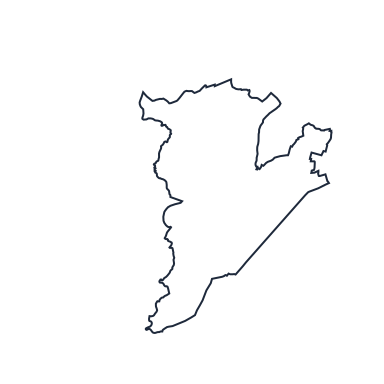 outline of Di An, Bình Dương, Vietnam, rotated 219°
{"feature_id": "81297802B25090486882402", "entity_name": "Di An", "entity_type": "district", "adm_level": 2, "iso_a3": "VNM", "parent_name": "Vietnam", "parent_adm1": "Bình Dương", "projection": "equal_earth", "projection_center": [106.783, 10.917], "detail": "fine", "context": "isolated", "style": "outline", "palette": "slate", "viewbox_px": 384, "rotation_deg": 219, "n_neighbors": 0, "source": "geoboundaries", "source_scale": "gbopen_adm2", "svg_char_len": 6091}
<svg xmlns="http://www.w3.org/2000/svg" viewBox="0 0 384 384"><g transform="rotate(219 192 192)"><path d="M146.9,68.8L145.7,66.6L144.8,65.5L144.4,65.2L143.9,65.0L142.6,65.5L142.0,65.5L141.2,65.2L140.6,64.7L140.1,63.8L139.8,62.8L139.8,62.0L140.0,60.9L141.1,59.0L141.8,57.5L141.9,56.8L141.4,56.2L140.7,56.2L140.4,56.5L140.1,57.0L139.6,58.2L139.2,58.6L138.6,58.9L137.2,58.9L135.0,58.3L133.9,58.2L133.3,58.4L132.5,58.8L131.7,59.6L130.8,61.1L130.2,61.8L129.4,62.4L128.6,63.9L127.3,64.9L127.6,65.5L127.8,66.0L127.8,66.8L127.3,68.6L126.4,71.3L125.4,72.6L122.7,75.6L116.2,87.5L113.7,93.9L112.2,98.2L113.7,103.2L114.6,109.0L115.6,114.5L118.9,124.6L120.0,132.9L121.8,137.1L115.2,145.1L114.2,146.8L114.2,147.2L113.8,148.3L113.5,148.7L112.2,148.9L112.2,151.6L110.5,152.1L108.8,153.5L107.5,154.8L106.2,155.3L105.8,166.3L105.8,171.3L102.0,260.8L101.6,265.0L101.0,266.2L96.3,274.2L92.8,281.9L91.2,285.1L93.1,285.7L93.7,285.7L99.4,289.7L102.8,284.8L103.4,284.3L103.6,284.3L105.5,285.6L106.4,287.2L107.1,288.0L109.0,284.1L111.3,281.9L112.4,284.0L111.1,286.1L112.0,287.9L115.0,292.0L115.8,292.8L116.3,292.8L119.0,290.6L120.2,292.7L121.2,291.9L121.9,293.2L123.9,297.9L114.5,302.0L115.6,306.6L113.6,307.5L116.2,313.2L116.4,313.5L117.1,313.7L117.3,313.9L117.2,315.8L117.4,318.5L117.6,320.3L118.1,321.6L120.0,324.2L121.1,326.2L121.3,326.4L121.8,326.3L122.3,327.2L123.5,326.1L124.1,327.4L124.6,327.8L128.1,323.5L128.0,323.0L130.4,321.2L130.9,321.1L132.1,321.3L132.5,321.2L133.3,320.8L135.4,319.3L135.9,319.4L136.9,319.2L138.9,319.9L139.4,319.9L140.3,319.7L142.2,318.9L144.4,318.9L144.9,317.5L146.3,314.4L146.4,313.6L146.4,311.9L146.0,311.9L144.9,310.3L144.3,309.0L140.9,305.8L141.9,303.8L142.9,302.3L143.5,300.9L143.5,300.6L142.6,300.2L142.8,299.4L143.6,298.2L143.5,297.9L143.0,296.4L142.9,293.7L143.1,291.8L142.7,290.3L144.0,289.7L142.8,286.4L141.2,283.1L140.5,281.0L141.8,279.9L146.0,275.4L148.4,272.1L149.4,270.6L149.6,268.0L150.3,266.1L152.1,263.1L152.7,261.2L152.9,258.1L153.1,257.2L154.9,256.9L154.2,255.2L154.0,254.5L153.9,252.4L155.4,252.3L155.4,250.6L156.2,250.2L156.5,251.5L157.1,252.8L158.1,252.2L159.6,253.0L160.4,253.9L161.0,255.0L161.4,256.6L161.8,257.4L163.3,259.3L165.0,262.9L167.6,265.4L169.3,267.6L169.8,268.4L170.9,271.1L172.4,273.5L176.7,279.0L177.4,280.5L179.2,282.9L180.3,286.1L180.5,286.9L180.6,289.9L180.7,290.8L181.6,292.0L182.0,293.0L182.1,293.4L182.0,294.6L181.8,297.5L181.5,299.6L181.3,302.0L179.2,309.2L178.9,310.5L178.7,312.4L178.4,313.2L178.4,314.2L178.7,315.4L178.8,316.4L181.0,317.4L185.2,318.4L192.9,318.7L193.2,311.8L194.4,306.5L199.3,306.3L200.8,305.9L204.8,302.8L207.0,302.6L209.5,303.5L209.9,304.9L210.4,306.1L210.8,306.8L211.6,307.3L212.6,306.0L213.5,306.1L214.0,305.9L216.1,304.2L217.8,302.4L218.7,302.7L220.5,301.0L222.1,300.1L223.1,299.7L224.4,299.6L226.0,299.2L226.8,299.2L230.1,301.4L231.0,302.3L232.5,304.2L240.9,288.6L241.9,289.8L243.4,287.5L246.7,282.4L247.6,283.3L248.5,283.5L249.0,283.0L249.5,278.6L249.7,275.4L250.7,273.7L251.6,271.8L252.5,270.5L255.6,270.4L258.4,268.0L260.0,267.1L261.0,265.2L261.0,263.0L260.9,257.5L261.0,253.9L261.4,252.8L264.4,247.7L265.5,246.6L267.7,247.0L269.6,247.0L273.0,246.6L274.0,245.3L275.5,244.2L278.0,240.9L278.7,239.4L280.1,237.9L287.1,237.8L289.7,238.2L292.8,238.8L291.1,234.5L289.8,230.5L289.1,228.7L287.9,227.4L286.3,226.4L285.2,225.9L282.0,225.6L279.1,222.5L278.0,220.5L277.4,218.7L277.0,218.0L276.4,217.6L275.1,217.8L273.1,219.7L272.2,221.8L270.6,223.1L269.1,223.9L268.0,224.3L266.0,224.4L265.0,224.9L263.4,226.0L261.3,226.9L260.0,227.1L259.3,227.1L258.8,226.9L258.4,226.4L257.9,224.8L257.6,224.4L257.2,224.4L256.6,225.0L256.2,226.4L255.5,226.7L255.0,227.4L254.6,227.4L253.3,226.6L252.4,226.6L252.1,226.8L250.9,226.2L250.4,226.1L249.0,226.6L247.4,226.6L246.9,226.0L246.5,225.0L246.1,224.6L244.9,224.2L244.8,223.9L244.8,223.6L245.1,223.2L245.0,222.2L243.9,220.9L243.7,220.5L243.8,218.5L243.7,217.5L242.7,215.5L242.8,215.0L243.0,214.8L244.2,214.7L244.5,214.5L245.0,213.5L244.7,212.3L244.5,211.1L244.5,209.8L244.8,208.9L244.9,208.2L244.7,207.8L243.8,207.0L243.4,206.2L242.5,202.6L241.8,201.1L239.4,198.2L238.6,196.3L238.2,195.8L238.0,195.1L238.1,194.6L238.7,193.5L238.7,192.9L238.4,191.5L238.6,191.0L239.0,190.5L239.1,189.9L239.0,189.4L238.6,189.2L237.4,189.3L236.9,188.9L236.6,188.2L236.7,187.4L236.6,187.2L236.2,187.2L235.6,187.6L235.2,187.5L235.1,187.1L235.2,186.8L235.6,186.8L235.7,186.7L235.5,186.2L234.8,185.5L234.3,184.7L234.1,184.6L233.8,185.3L233.5,185.5L233.3,185.2L233.1,184.5L232.9,184.2L232.6,184.0L232.1,184.2L231.3,184.2L230.8,184.0L229.5,182.6L229.0,182.3L228.0,182.1L226.6,182.0L225.9,182.2L225.2,182.8L224.2,182.9L222.7,183.6L221.9,183.8L220.7,184.0L218.8,183.8L218.1,183.5L216.1,181.6L214.5,179.6L213.7,178.9L211.3,178.6L210.4,178.3L208.3,176.3L207.9,176.1L207.0,176.0L206.7,175.8L205.6,174.5L193.9,178.6L194.0,176.6L194.4,175.9L197.5,171.8L200.1,167.7L200.6,166.2L201.0,165.5L201.2,163.0L201.1,160.3L200.9,159.0L198.7,154.7L196.0,151.7L194.1,150.6L191.3,149.8L189.1,149.7L187.5,150.3L186.8,151.4L186.1,151.4L186.0,150.9L186.0,147.8L186.0,145.6L185.8,144.4L184.8,141.9L184.3,140.2L184.3,139.3L184.1,138.9L183.1,138.8L182.5,139.1L181.5,139.9L180.7,139.8L180.2,139.1L179.5,139.0L177.8,139.6L176.1,139.9L175.4,139.5L174.8,138.2L174.6,137.3L174.6,134.7L174.2,134.6L172.3,136.0L171.7,136.0L168.2,133.1L167.8,132.3L166.1,130.8L164.4,129.7L163.7,127.7L161.0,125.2L160.2,123.8L159.9,121.5L159.8,121.0L158.9,119.9L158.9,119.1L159.1,118.6L159.2,117.5L159.1,116.7L158.7,115.8L158.5,114.7L158.5,111.4L158.7,109.7L159.0,108.7L159.3,108.1L159.4,107.1L159.2,105.7L159.5,104.7L160.0,104.4L160.9,104.6L161.4,104.1L161.2,102.2L160.8,101.7L160.1,101.4L158.7,102.2L158.3,102.6L157.8,102.7L157.3,102.8L156.1,102.6L154.9,102.0L154.3,101.9L153.5,101.9L152.7,102.4L152.4,102.8L151.5,103.0L150.0,102.1L145.8,98.8L146.8,95.7L147.5,94.6L147.9,93.3L148.0,92.0L148.9,91.0L149.1,90.4L149.3,89.4L149.3,87.9L148.6,86.4L149.4,85.7L150.0,85.5L150.2,85.1L149.8,82.5L149.0,81.5L147.9,80.3L146.4,79.4L144.7,78.2L144.2,76.7L144.2,74.2L144.0,72.5L144.1,71.7L144.4,71.0L145.5,69.7L146.9,68.8Z" fill="none" stroke="#1e293b" stroke-width="2"/></g></svg>